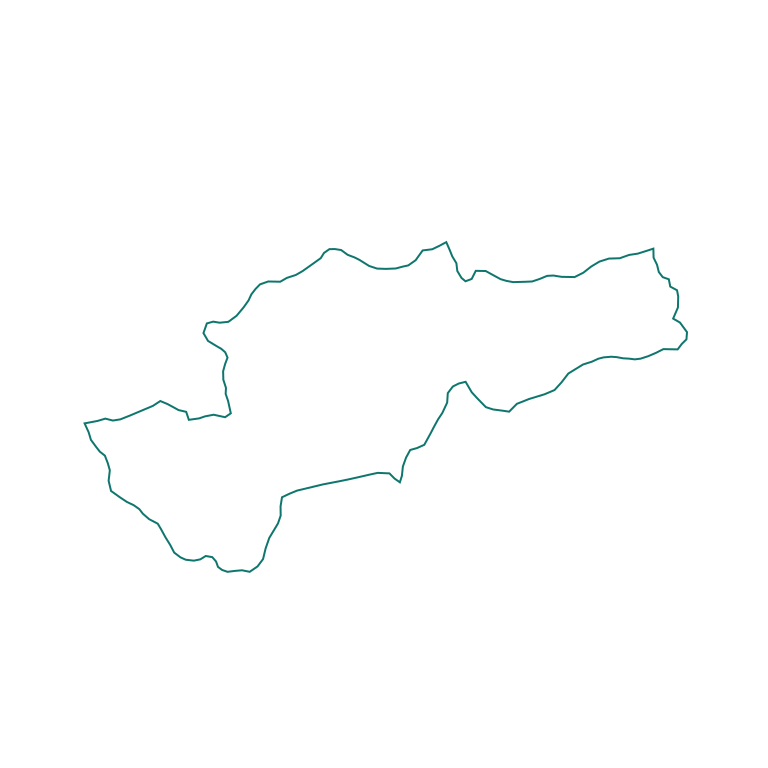 Catanduva, São Paulo, Brazil, rotated 30°
{"feature_id": "56859067B89328127928865", "entity_name": "Catanduva", "entity_type": "district", "adm_level": 2, "iso_a3": "BRA", "parent_name": "Brazil", "parent_adm1": "São Paulo", "projection": "robinson", "projection_center": [-48.958, -21.13], "detail": "fine", "context": "isolated", "style": "outline", "palette": "teal", "viewbox_px": 768, "rotation_deg": 30, "n_neighbors": 0, "source": "geoboundaries", "source_scale": "gbopen_adm2", "svg_char_len": 2661}
<svg xmlns="http://www.w3.org/2000/svg" viewBox="0 0 768 768"><g transform="rotate(30 384 384)"><path d="M578.3,150.9L572.0,152.1L566.0,149.6L560.8,144.2L554.3,139.8L549.6,132.1L544.1,138.2L538.6,144.2L531.8,149.6L525.3,157.2L520.8,160.0L516.1,162.9L509.4,170.2L504.7,178.7L501.0,187.9L495.6,196.1L484.2,202.4L476.4,205.4L471.2,208.8L466.2,215.3L461.1,221.1L455.3,224.8L444.9,231.2L438.4,233.5L432.6,234.9L425.4,235.1L415.6,235.3L406.9,240.1L407.4,249.2L403.2,254.3L398.1,253.4L391.0,249.5L386.3,243.2L379.4,239.4L373.9,235.1L367.0,230.0L362.7,236.9L358.4,243.2L350.7,249.0L349.5,261.0L345.7,269.2L341.6,272.9L336.4,278.1L328.0,283.4L320.3,287.5L312.1,289.2L300.7,288.8L295.3,289.1L287.9,290.3L279.9,289.4L274.0,291.7L269.3,294.5L266.5,300.5L266.3,306.6L262.6,314.8L257.0,327.0L253.1,333.7L246.8,340.7L243.0,347.3L232.5,353.1L226.8,359.7L225.2,366.0L224.3,372.7L224.9,379.3L224.1,387.8L222.2,398.7L218.1,408.0L211.0,413.1L204.9,415.4L200.3,420.1L202.2,430.2L210.1,434.7L220.1,434.9L225.5,434.9L230.6,435.9L235.3,439.4L236.4,446.1L238.3,453.4L242.7,460.6L249.1,466.4L251.8,471.7L257.5,476.7L266.0,486.0L263.0,492.2L251.8,495.8L245.2,501.5L241.1,506.2L232.9,512.6L226.6,507.0L219.2,509.3L214.0,509.4L206.6,509.6L198.8,510.6L194.8,518.5L180.1,537.9L173.4,546.4L167.5,551.2L160.0,553.3L154.3,559.3L144.4,567.8L152.4,573.5L158.1,578.9L166.1,582.4L171.8,584.7L178.1,585.6L184.3,590.6L189.7,595.8L193.9,605.5L201.1,613.1L211.2,614.1L220.3,614.7L227.7,614.1L234.6,614.7L240.0,616.9L248.2,618.5L257.9,618.1L263.3,621.1L271.5,626.1L279.2,630.2L286.6,634.9L294.5,635.9L300.2,635.3L307.6,632.1L312.6,627.7L315.6,622.1L321.9,619.8L327.3,621.7L331.7,625.4L336.7,626.0L342.4,624.9L348.2,620.5L354.2,616.3L361.6,613.8L365.7,605.2L366.8,596.1L363.7,585.6L361.6,574.6L361.8,564.1L361.9,557.7L360.3,549.6L355.6,541.7L352.3,533.1L356.9,526.4L362.1,519.7L381.3,501.5L393.9,490.6L399.9,485.3L406.7,479.1L416.7,469.8L423.0,464.1L433.4,458.7L440.3,460.6L446.9,461.2L445.4,454.5L441.6,446.0L439.9,436.6L439.7,428.0L444.6,423.0L449.3,416.5L449.0,402.7L448.7,396.5L448.5,387.5L449.0,379.9L448.0,368.5L443.8,360.0L444.9,351.7L448.5,346.2L453.6,341.3L464.1,347.3L471.4,349.6L477.0,351.2L483.8,353.1L491.2,351.5L501.3,347.3L506.2,345.4L509.0,334.7L513.1,329.6L517.0,324.6L528.2,312.6L534.7,304.0L536.9,293.9L538.4,282.8L542.1,275.9L546.6,267.6L552.9,260.7L557.0,254.9L560.8,251.2L567.1,246.8L572.0,244.4L578.0,242.3L583.8,239.4L588.8,237.3L593.5,233.8L598.9,227.8L604.0,221.0L608.5,214.1L614.3,210.9L621.0,207.2L621.9,200.2L623.6,194.1L620.5,187.6L609.6,182.8L601.7,182.8L600.3,170.8L595.1,161.2L590.9,156.3L583.2,156.5L578.3,150.9Z" fill="none" stroke="#0f766e" stroke-width="2"/></g></svg>